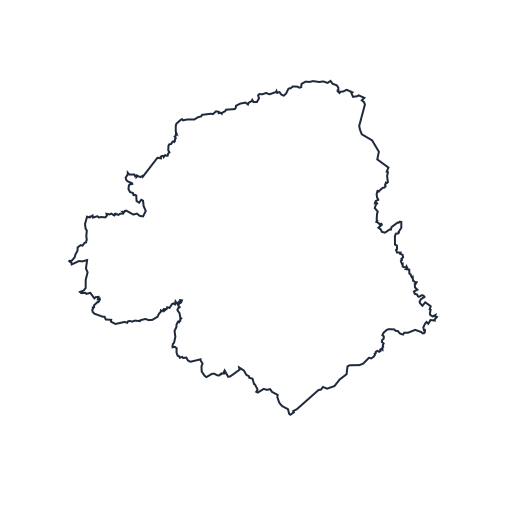 outline of Madero, Michoacán, Mexico, rotated 241°
{"feature_id": "50627088B49828923670212", "entity_name": "Madero", "entity_type": "district", "adm_level": 2, "iso_a3": "MEX", "parent_name": "Mexico", "parent_adm1": "Michoacán", "projection": "orthographic", "projection_center": [-101.157, 19.354], "detail": "fine", "context": "isolated", "style": "outline", "palette": "slate", "viewbox_px": 512, "rotation_deg": 241, "n_neighbors": 0, "source": "geoboundaries", "source_scale": "gbopen_adm2", "svg_char_len": 6129}
<svg xmlns="http://www.w3.org/2000/svg" viewBox="0 0 512 512"><g transform="rotate(241 256 256)"><path d="M363.3,409.6L366.1,409.4L369.5,406.5L373.0,406.0L372.7,402.5L376.1,399.4L377.5,395.7L381.3,390.7L382.3,387.2L384.5,383.8L384.4,379.2L381.8,377.4L382.2,375.5L384.1,374.3L386.4,370.4L385.9,367.5L386.5,366.5L386.4,365.2L383.5,361.1L382.8,358.0L384.9,356.4L388.0,356.0L388.4,353.6L390.3,353.9L389.7,353.1L390.9,346.2L393.7,343.8L394.4,339.8L396.0,337.5L395.5,335.7L392.5,335.1L390.2,331.4L391.9,328.4L394.3,328.4L393.6,327.4L393.6,323.9L392.4,322.4L395.2,321.3L396.9,316.2L397.1,311.4L395.3,310.0L394.8,308.6L398.5,300.7L397.6,299.2L397.7,295.7L397.0,295.0L398.6,294.3L399.0,292.7L400.1,293.3L401.9,291.2L401.0,287.0L402.3,285.5L405.6,277.3L404.7,275.7L405.5,272.4L405.3,268.3L408.9,261.7L410.0,258.0L411.5,257.7L411.5,255.8L410.3,250.6L408.9,249.0L403.8,246.2L401.3,245.8L402.1,245.4L400.1,244.2L399.9,242.8L397.9,242.9L397.6,241.8L395.7,240.7L395.4,239.8L396.2,239.7L396.5,238.6L395.1,236.1L395.7,234.1L395.0,233.0L391.0,230.5L388.6,230.5L388.1,228.7L386.6,227.4L387.1,226.2L388.3,225.5L387.3,223.3L388.4,223.5L388.9,222.8L389.1,220.9L387.5,220.2L389.7,217.4L380.2,195.4L381.1,195.5L381.0,193.3L383.3,191.3L383.0,189.7L384.4,190.5L384.5,188.9L386.2,189.1L388.7,184.6L391.0,184.2L389.6,183.4L387.7,180.0L385.7,179.4L383.7,179.8L379.6,182.9L379.0,182.7L379.8,180.2L379.4,179.1L376.4,176.9L373.1,176.8L370.7,178.9L368.6,178.4L368.1,179.9L367.0,180.6L362.0,178.2L359.3,179.6L360.8,182.9L359.1,184.0L354.1,181.9L348.8,181.4L345.4,176.4L347.4,173.8L350.8,172.4L351.7,168.8L358.6,164.5L359.0,163.1L358.4,162.4L359.2,160.9L358.1,161.3L357.5,160.5L358.8,157.7L358.7,155.5L359.9,154.7L360.3,153.3L361.1,153.6L361.3,153.0L360.3,151.6L363.2,150.0L363.4,148.0L365.4,145.7L363.6,145.2L362.8,143.0L365.3,139.2L365.8,137.3L367.7,136.5L368.6,132.1L370.6,132.7L370.3,129.7L371.0,129.7L371.0,128.3L372.3,127.3L366.9,122.0L362.9,120.3L360.2,120.3L355.5,117.1L352.5,116.0L350.3,113.9L350.6,112.5L349.2,109.2L350.5,107.9L350.0,104.2L347.1,102.4L345.2,99.2L342.8,96.8L341.3,92.9L341.7,91.0L342.8,89.9L341.2,90.4L340.7,91.5L338.0,90.7L337.4,98.7L335.4,101.7L334.3,106.3L327.5,101.2L323.4,100.8L317.7,95.5L310.6,91.5L309.3,88.4L309.9,84.6L308.2,85.2L306.4,89.0L305.1,89.3L304.1,93.2L297.3,94.1L297.7,95.8L296.6,98.4L295.0,96.9L294.6,98.7L293.6,98.4L292.2,96.0L292.7,95.8L291.4,90.5L289.8,89.6L290.1,88.3L289.0,88.1L288.2,86.6L286.2,86.1L284.0,86.6L277.3,92.4L276.3,94.1L273.3,93.8L270.4,98.4L268.9,97.3L264.7,100.1L262.0,109.2L260.0,111.0L260.9,112.3L260.4,114.1L258.6,115.9L258.3,118.6L255.3,123.0L255.9,123.8L254.5,128.8L252.0,131.0L250.4,134.3L250.6,140.4L252.6,143.2L253.2,145.3L254.5,146.4L253.4,147.0L253.9,148.8L252.5,148.7L252.7,150.2L253.9,150.3L252.9,152.0L254.2,153.5L252.5,155.3L254.7,159.3L254.5,160.8L253.0,161.7L255.3,163.6L252.2,164.0L253.4,166.6L253.0,167.6L254.2,168.3L253.1,169.7L251.6,167.9L251.7,165.6L250.1,164.0L248.3,164.4L247.9,162.2L246.7,161.0L243.2,161.4L238.9,160.0L237.6,160.3L237.6,159.1L236.0,158.3L236.2,157.1L235.5,156.7L236.4,156.1L236.2,155.6L234.4,153.1L232.5,152.0L229.9,148.4L224.4,146.3L219.9,142.3L219.3,140.6L217.4,139.1L216.6,138.8L216.0,140.9L213.8,141.9L210.4,139.8L206.8,139.1L205.5,140.2L204.0,140.0L203.6,142.5L202.0,142.9L201.0,145.8L197.6,145.8L195.3,147.4L192.5,157.4L191.6,156.9L187.8,157.1L185.9,154.8L181.3,152.5L176.1,153.0L174.1,153.9L174.3,160.1L173.5,162.2L170.2,164.5L169.3,166.1L169.9,167.5L169.4,168.3L170.0,168.9L168.7,171.1L169.9,171.4L171.1,173.1L163.8,173.1L163.2,175.2L164.5,186.5L166.7,187.2L161.6,189.9L156.8,189.9L154.3,191.5L152.7,191.1L150.4,193.5L145.0,192.2L144.2,192.8L139.1,192.7L138.2,192.4L137.1,190.4L135.7,191.3L136.0,198.3L133.6,200.7L132.7,203.8L129.4,204.1L124.0,207.6L122.1,206.2L116.3,205.2L112.0,206.1L106.5,209.7L101.9,208.5L100.5,209.1L100.9,213.3L102.3,213.3L102.2,217.5L108.5,245.8L107.6,248.1L109.0,251.0L105.5,253.9L104.2,261.6L107.4,269.2L108.7,277.9L115.1,282.5L115.0,285.0L110.4,293.6L109.9,297.5L112.2,305.4L110.6,307.1L110.8,309.8L111.8,312.0L113.0,312.5L113.0,313.6L114.1,314.3L114.2,316.1L112.5,317.3L112.5,318.7L113.7,319.0L114.0,320.3L112.6,321.1L114.8,322.3L114.9,323.2L116.6,323.7L117.5,325.2L119.9,324.4L121.4,325.7L121.8,327.6L123.7,328.8L125.5,328.1L127.1,330.5L128.0,334.6L127.6,336.7L124.8,341.3L122.8,341.9L121.7,343.6L118.3,344.4L116.0,346.5L117.0,348.5L115.2,351.8L114.2,359.4L109.3,363.7L107.6,364.2L107.0,365.4L107.4,366.6L109.3,367.8L109.6,366.9L112.4,367.7L114.8,371.0L115.6,373.2L113.2,373.8L115.4,377.6L112.9,381.0L113.8,381.3L115.0,384.6L116.5,383.3L117.4,384.3L117.5,381.2L119.9,379.9L121.1,380.0L124.3,382.6L125.1,382.0L127.3,384.4L128.1,384.1L133.4,381.6L131.8,377.4L135.3,376.6L136.7,376.9L138.2,379.2L138.5,383.5L140.1,383.3L141.3,382.1L141.3,378.7L142.1,378.1L144.2,378.2L145.9,376.5L148.4,376.9L148.3,380.8L151.4,379.8L154.5,381.3L154.2,382.0L155.2,383.7L156.0,382.5L158.4,381.4L162.0,383.0L162.1,381.9L165.0,382.3L166.2,381.6L169.8,383.4L171.7,380.9L172.0,382.5L173.9,382.6L173.4,382.0L174.1,380.4L175.7,379.2L178.2,380.6L178.5,379.8L181.4,380.3L181.8,381.8L183.0,381.7L183.6,384.1L186.0,384.8L188.0,383.1L188.9,384.1L190.7,381.0L193.4,381.4L193.5,382.5L195.3,383.6L196.9,384.3L198.6,383.1L206.0,387.1L207.7,389.1L206.8,391.4L207.2,392.3L207.8,392.3L210.3,396.8L215.3,399.6L216.3,398.4L215.9,397.0L216.6,396.2L215.6,388.6L213.7,386.8L214.4,385.9L213.9,380.1L216.1,377.8L218.6,378.0L221.4,376.8L222.3,381.2L223.4,381.3L223.8,379.4L225.2,379.3L227.5,377.8L228.1,379.2L229.0,379.0L234.1,382.2L235.8,384.0L240.3,383.1L242.6,385.5L243.3,387.4L244.7,386.8L244.8,385.9L246.0,387.2L245.9,390.2L248.5,390.3L251.5,391.4L253.4,393.2L253.0,394.1L253.8,394.2L253.2,395.2L254.2,399.8L253.6,401.4L254.2,403.2L255.6,403.3L257.2,405.3L256.3,405.8L256.7,407.2L262.4,409.4L265.3,412.0L266.4,411.2L269.1,414.7L281.7,408.9L287.6,414.0L300.9,413.6L311.2,407.5L316.2,408.2L319.7,409.3L335.7,424.7L338.1,425.1L340.9,424.0L341.8,427.4L346.8,423.6L346.6,422.2L348.2,418.0L352.6,418.5L352.6,419.5L357.4,415.9L357.6,412.1L358.7,409.5L358.1,408.0L360.6,407.3L361.3,407.7L360.9,408.4L363.3,409.6Z" fill="none" stroke="#1e293b" stroke-width="2"/></g></svg>